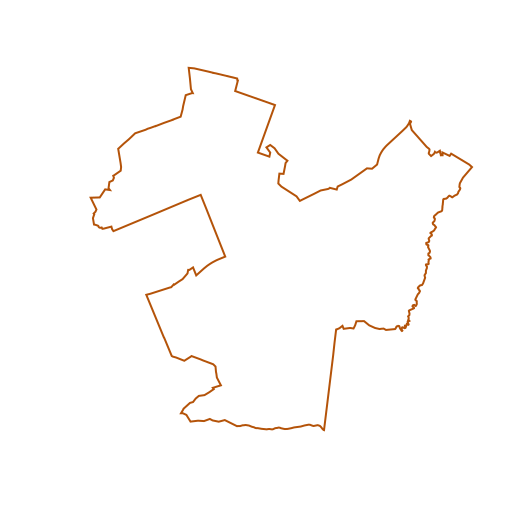 outline of Lubes pag., Talsi, Latvia, rotated 199°
{"feature_id": "27541924B36241306566640", "entity_name": "Lubes pag.", "entity_type": "district", "adm_level": 2, "iso_a3": "LVA", "parent_name": "Latvia", "parent_adm1": "Talsi", "projection": "mercator", "projection_center": [22.601, 57.453], "detail": "fine", "context": "isolated", "style": "outline", "palette": "amber", "viewbox_px": 512, "rotation_deg": 199, "n_neighbors": 0, "source": "geoboundaries", "source_scale": "gbopen_adm2", "svg_char_len": 5807}
<svg xmlns="http://www.w3.org/2000/svg" viewBox="0 0 512 512"><g transform="rotate(199 256 256)"><path d="M431.3,257.3L422.0,248.0L422.2,245.6L423.3,243.3L422.5,242.8L422.5,238.7L419.4,233.0L418.1,233.2L415.3,233.2L414.8,233.0L414.5,232.5L413.7,232.0L412.9,231.9L412.1,232.1L411.2,232.7L410.1,231.7L408.9,232.3L402.3,236.7L400.8,234.5L398.9,233.1L366.7,261.7L338.4,287.0L328.2,295.8L318.3,284.4L307.1,271.3L284.9,245.4L290.7,240.3L292.1,239.0L295.1,235.8L296.9,233.6L298.9,230.9L301.2,227.2L306.2,218.2L311.8,224.7L314.5,221.1L315.6,220.8L315.1,217.2L317.9,210.2L320.6,206.8L324.0,202.2L324.5,202.4L326.0,198.9L327.4,198.0L343.6,185.9L347.1,183.6L316.5,148.9L316.3,148.9L303.1,134.0L302.0,133.8L298.5,134.0L289.7,133.6L284.9,139.6L284.4,140.4L274.7,140.2L272.1,140.0L261.2,139.7L258.3,138.3L256.1,133.4L255.1,131.7L253.4,128.3L247.1,122.3L253.9,117.3L252.6,116.4L255.8,112.0L259.4,107.7L264.5,105.1L266.6,101.6L268.0,97.4L270.6,95.6L274.8,88.0L274.8,87.3L275.7,82.9L274.0,83.5L270.1,83.1L264.0,78.1L257.2,81.4L251.4,83.0L246.6,86.9L243.5,86.4L237.3,87.2L232.1,90.7L218.5,88.9L218.1,89.2L215.7,90.0L213.5,91.6L212.4,92.0L211.1,92.7L210.4,92.9L207.5,93.4L204.3,93.2L202.2,93.4L200.7,93.2L199.7,93.3L198.4,93.8L197.1,94.0L194.5,94.4L189.4,95.6L188.2,96.3L187.0,96.8L184.3,97.3L183.2,98.0L182.3,99.0L181.2,99.8L180.0,100.3L178.9,101.1L177.6,101.4L176.3,101.3L173.6,101.6L172.3,101.8L169.8,102.8L166.4,104.8L164.2,106.3L158.2,109.3L154.9,111.6L151.4,113.6L150.2,114.0L147.5,113.9L146.2,114.0L142.7,116.1L141.4,116.2L140.1,116.1L138.9,115.5L136.6,114.0L135.4,113.5L135.0,113.5L150.7,187.2L153.5,199.5L156.3,212.6L155.8,213.0L155.7,212.9L153.6,214.9L151.5,218.1L149.4,215.7L143.6,218.6L140.2,219.2L139.9,221.2L139.7,222.8L139.8,227.0L132.6,229.6L126.4,227.3L120.0,226.7L115.3,227.2L114.0,227.9L111.7,228.9L109.0,228.4L100.7,232.2L100.4,232.9L100.4,233.3L100.3,233.6L100.2,234.9L99.8,235.5L99.2,235.7L98.9,236.2L98.0,236.4L97.4,236.1L97.0,235.3L95.9,234.1L95.4,233.9L94.3,232.9L93.6,232.6L93.4,232.8L93.3,233.1L94.4,233.9L94.6,235.5L94.6,236.0L94.0,236.4L92.1,236.1L91.5,236.5L91.3,236.7L91.3,237.4L92.1,237.9L92.4,238.3L92.5,238.6L92.2,238.7L92.0,238.4L91.2,238.4L91.3,240.7L90.3,240.5L89.5,240.6L89.4,240.9L89.6,241.2L91.2,243.1L91.2,243.4L90.8,243.7L89.8,244.6L90.0,244.8L91.2,244.8L91.3,246.6L91.4,247.0L91.8,247.7L92.5,248.4L92.4,248.8L91.8,249.8L91.8,250.2L92.1,251.5L93.6,253.9L93.5,254.3L93.3,254.6L90.1,257.5L89.6,258.1L89.7,258.4L91.6,259.3L91.7,259.9L91.4,260.7L90.4,261.3L89.2,260.7L88.7,260.7L88.6,260.9L88.3,262.6L88.5,263.4L88.9,264.3L89.2,265.4L89.4,265.7L89.6,265.9L90.5,266.1L91.0,266.4L91.2,266.9L90.5,272.6L90.1,273.3L89.7,274.4L89.7,275.1L89.5,275.9L89.6,276.2L90.1,276.7L91.0,277.1L91.8,278.1L92.4,278.1L92.5,278.2L92.6,278.8L92.3,279.7L91.8,280.5L91.7,281.0L91.3,281.3L91.2,281.7L90.8,282.0L89.8,282.4L89.6,282.6L89.1,284.5L89.1,286.3L89.0,290.5L89.6,291.3L90.4,292.7L90.2,293.4L90.0,294.6L89.8,295.1L90.4,297.0L90.6,297.5L90.5,300.2L90.9,301.6L92.1,302.4L92.5,303.0L92.5,303.3L92.4,303.5L91.1,304.0L90.4,304.4L90.2,304.7L90.3,305.1L91.0,306.4L91.1,307.9L91.7,308.8L91.4,309.3L90.1,310.5L90.2,310.9L90.8,311.7L92.9,312.8L93.2,312.8L93.4,313.0L93.6,314.0L93.8,314.3L93.8,314.5L92.9,315.6L93.0,317.0L93.4,317.7L96.2,320.4L96.3,320.6L96.3,321.7L96.4,322.0L96.6,322.3L96.9,322.4L98.4,322.3L98.8,322.6L99.3,323.7L99.2,323.9L98.4,324.4L97.2,325.5L97.1,326.7L98.4,328.6L98.4,329.1L97.0,331.9L96.4,332.6L96.6,333.3L96.8,333.5L97.3,334.0L98.3,334.3L98.6,334.5L98.6,334.8L98.0,335.6L97.0,336.6L95.9,338.2L95.7,339.5L95.1,341.7L95.6,342.2L96.3,342.5L97.2,343.2L98.8,343.6L99.6,344.6L99.7,344.9L99.6,345.4L98.9,346.6L98.7,347.2L98.8,348.7L99.0,349.4L99.2,349.7L100.3,350.2L100.4,350.4L100.4,351.0L100.6,351.4L100.3,352.3L99.3,353.9L99.2,354.2L98.0,356.4L95.3,358.6L94.9,359.3L94.9,359.5L94.9,360.0L95.0,360.5L95.1,360.8L95.5,362.4L95.6,362.6L95.6,363.0L95.9,363.6L95.9,363.9L96.1,364.8L96.1,365.2L96.4,366.4L96.5,366.6L96.6,367.3L97.2,369.6L97.3,370.1L97.3,370.7L96.9,371.2L96.4,371.3L95.6,371.9L95.1,372.0L94.6,372.5L94.0,373.4L94.0,373.6L93.4,375.0L93.0,375.8L92.7,376.0L91.1,375.8L90.0,375.4L89.5,375.4L87.9,377.7L85.9,379.6L85.6,380.6L85.4,381.1L85.5,382.2L85.5,382.8L85.0,384.4L84.8,385.5L84.9,386.6L85.3,387.0L85.8,387.1L86.2,387.5L86.8,390.2L86.9,391.3L85.8,397.5L80.7,410.4L84.2,411.9L104.8,416.3L105.5,413.7L113.4,414.6L112.4,412.0L114.0,411.4L114.6,412.5L115.5,413.5L116.2,415.1L116.4,415.4L118.0,413.3L118.9,412.5L120.2,412.4L120.7,412.7L120.9,410.9L121.2,410.2L123.0,407.5L125.6,408.8L125.9,409.0L126.1,409.3L126.2,410.0L126.2,411.3L126.5,412.8L126.7,413.3L127.0,413.5L127.5,413.8L130.1,414.7L149.7,425.8L153.5,431.2L153.1,433.2L153.1,433.5L153.3,433.7L154.5,433.9L154.5,432.1L154.7,430.7L155.4,428.0L155.8,426.8L158.4,421.7L168.3,403.3L169.1,401.6L170.4,398.3L171.0,396.1L171.4,394.2L171.8,391.5L171.8,389.6L171.8,388.1L171.3,381.9L174.7,376.3L179.6,375.0L190.8,359.3L197.9,351.8L201.4,348.3L201.3,345.1L208.2,344.5L208.2,344.4L209.6,342.9L216.2,339.0L221.4,333.6L232.5,322.4L237.1,325.6L254.6,329.9L258.5,331.8L259.3,334.9L260.7,341.5L256.7,342.6L257.8,350.6L258.3,353.5L257.3,356.3L268.1,360.0L273.5,363.9L278.7,365.6L281.5,362.1L276.2,358.4L275.7,354.3L287.9,354.4L287.8,360.8L287.2,404.9L329.4,405.2L330.2,415.2L330.3,415.1L331.6,417.7L353.5,415.6L355.9,415.2L355.9,415.3L361.4,414.8L375.5,413.3L380.9,412.0L376.2,402.2L371.8,392.5L368.8,389.4L369.5,389.2L374.8,385.2L373.7,374.1L373.1,370.5L372.6,363.2L379.1,357.8L379.0,357.7L386.2,352.0L393.2,346.1L393.3,346.2L397.6,342.7L399.8,341.1L401.5,339.4L410.2,332.7L414.2,325.0L416.6,320.9L417.5,319.4L420.8,313.2L421.2,312.5L414.3,299.8L412.5,296.2L411.7,292.6L416.6,285.9L417.1,285.4L415.8,283.7L416.0,280.8L418.7,278.2L417.5,272.1L415.6,270.8L420.3,269.9L422.8,260.5L431.3,257.3Z" fill="none" stroke="#b45309" stroke-width="2"/></g></svg>